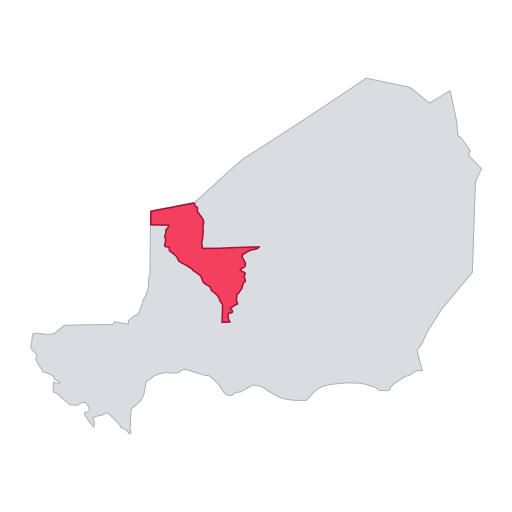 Ingall, Agadez, Niger shown in context
{"feature_id": "23599985B91742674817727", "entity_name": "Ingall", "entity_type": "district", "adm_level": 2, "iso_a3": "NER", "parent_name": "Niger", "parent_adm1": "Agadez", "projection": "albers", "projection_center": [6.528, 17.43], "detail": "fine", "context": "in_parent", "style": "filled", "palette": "rose", "viewbox_px": 512, "rotation_deg": 0, "n_neighbors": 0, "source": "geoboundaries", "source_scale": "gbopen_adm2", "svg_char_len": 4962}
<svg xmlns="http://www.w3.org/2000/svg" viewBox="0 0 512 512"><path d="M422.3,370.6L417.1,370.8L414.1,371.9L410.4,374.9L406.2,376.2L401.2,379.0L398.0,381.1L394.9,382.8L390.8,386.9L389.6,390.0L385.4,390.7L379.4,390.4L375.6,387.5L366.8,384.5L361.2,383.4L358.6,383.1L345.3,382.9L331.2,384.4L324.0,386.0L322.7,386.4L318.7,388.4L315.3,390.6L306.3,400.4L294.1,400.3L287.0,399.3L280.9,397.9L272.2,393.4L261.6,386.6L257.5,385.7L253.8,385.2L252.6,385.2L240.0,392.2L237.6,392.1L234.6,392.9L232.7,394.6L231.2,395.5L229.7,395.6L227.7,395.2L225.8,394.2L223.8,392.3L218.6,384.6L217.5,383.2L215.3,381.0L211.6,377.4L209.1,375.8L207.5,375.3L205.7,375.6L195.6,372.5L185.5,369.3L183.3,369.7L181.7,370.3L178.2,372.7L174.1,373.1L168.8,372.9L166.0,372.5L161.3,373.3L158.2,374.2L154.2,375.8L148.9,380.1L147.4,380.6L146.1,381.4L144.2,393.4L142.7,397.0L140.0,401.7L134.7,406.2L131.1,408.9L130.9,412.6L130.5,418.7L130.4,422.9L130.6,425.6L130.0,426.9L129.7,428.1L129.9,429.9L130.8,430.7L131.2,431.8L130.9,432.8L129.2,433.8L127.3,431.0L125.0,429.1L122.3,428.2L120.5,426.8L119.6,424.8L116.2,421.0L108.4,413.4L107.6,413.2L106.3,412.8L104.0,413.7L102.6,414.9L101.6,415.4L100.1,415.4L96.3,416.3L93.2,417.4L93.1,418.4L94.5,424.1L93.7,427.1L92.4,425.6L88.1,419.9L85.2,415.6L84.7,414.6L84.3,413.1L84.6,412.5L85.8,412.1L88.6,411.6L89.1,411.2L89.3,410.0L88.9,407.9L87.5,404.9L85.9,402.9L85.0,402.5L83.3,402.4L81.5,402.6L78.1,404.9L76.6,405.3L73.1,405.0L70.0,404.5L68.1,403.2L62.6,398.4L56.6,393.2L54.0,392.4L53.4,391.9L53.1,388.0L53.3,383.4L53.7,382.2L56.3,383.0L59.0,383.4L59.9,382.6L57.8,380.9L54.6,379.2L53.5,376.6L52.7,375.7L51.3,374.8L49.7,374.3L48.0,373.5L46.9,372.7L45.1,372.4L43.2,371.8L40.5,367.6L37.9,363.5L36.4,360.4L35.9,358.5L36.8,355.3L36.1,354.0L33.1,350.7L30.7,347.6L31.5,342.9L32.1,339.1L32.2,336.6L32.7,335.2L33.1,333.7L34.7,333.2L39.0,333.4L47.3,334.4L53.9,333.8L54.3,333.6L59.1,329.6L64.4,325.3L72.2,325.1L80.6,324.9L87.2,324.8L96.8,324.7L104.6,324.6L113.6,324.4L114.0,322.4L114.5,321.9L115.4,321.9L122.0,323.1L128.2,324.2L128.7,320.4L134.3,315.7L137.4,314.8L138.2,314.0L139.2,312.4L139.8,309.9L140.1,308.2L141.3,306.7L142.1,304.0L143.3,299.3L146.4,294.4L148.3,287.7L148.6,281.2L149.0,276.3L149.9,275.3L150.0,266.5L150.1,257.7L150.2,250.3L150.2,241.0L150.3,232.9L150.4,224.1L150.5,216.1L150.5,210.9L156.7,209.7L163.1,208.5L172.5,206.7L182.6,204.7L193.7,202.5L196.2,201.2L204.5,193.6L208.2,190.2L215.7,183.4L221.4,178.1L228.7,171.5L236.4,164.7L242.5,159.4L252.1,153.2L266.5,144.0L280.9,134.7L295.2,125.4L309.5,116.0L323.8,106.6L338.0,97.2L352.1,87.7L366.2,78.2L380.7,81.2L394.5,84.1L408.4,86.9L411.7,88.6L419.3,94.8L429.0,102.8L429.4,102.9L429.8,102.9L438.6,97.6L450.1,90.7L453.9,107.9L456.9,122.6L457.5,132.0L457.7,134.5L458.7,136.1L461.0,137.7L470.4,150.9L468.6,153.4L470.2,157.6L472.5,159.3L480.2,167.1L481.3,168.7L480.9,170.0L476.3,179.8L475.5,182.2L475.1,194.5L474.7,203.2L474.3,215.1L473.8,229.3L473.4,241.4L472.9,257.3L472.4,272.3L465.2,280.9L452.5,296.1L442.1,308.4L436.9,316.6L426.8,332.6L422.4,342.8L418.8,348.2L417.0,350.5L418.9,357.8L422.3,370.6Z" fill="#d9dde1" stroke="#a8b0b8" stroke-width="1"/><path d="M207.4,285.2L210.0,286.8L211.7,290.8L212.5,291.3L213.7,292.0L214.3,292.8L215.4,293.6L216.5,294.7L218.5,296.9L220.0,301.1L220.7,302.0L222.5,304.4L222.4,313.7L222.0,322.3L226.5,322.1L229.6,322.0L229.9,322.0L228.6,319.5L228.3,317.3L228.0,315.3L228.2,313.9L228.4,313.1L229.9,313.1L231.6,312.7L232.5,312.1L232.4,310.7L231.2,309.6L230.2,308.2L231.3,307.5L231.8,307.2L233.0,306.6L233.8,305.7L235.3,305.1L237.7,303.8L236.5,300.9L236.7,296.5L237.2,293.8L237.7,293.7L239.2,292.5L239.3,291.9L240.4,290.4L241.4,289.3L242.1,287.7L242.5,285.8L242.8,284.5L243.7,282.7L244.5,281.8L245.4,281.3L245.1,279.8L244.2,276.4L244.4,275.9L245.1,273.9L245.3,273.3L243.4,271.9L241.8,271.3L240.1,269.8L240.0,269.6L241.2,268.8L242.2,268.2L243.7,267.5L244.8,266.5L245.1,266.2L245.4,264.4L245.4,264.5L245.5,263.7L244.9,262.2L243.1,258.6L242.1,257.0L242.1,256.6L242.3,256.1L242.4,255.0L242.8,254.3L243.3,254.3L245.2,253.1L247.0,252.0L248.3,251.2L249.4,250.8L251.7,249.7L253.9,249.6L256.2,249.0L257.2,248.5L257.7,248.3L258.5,247.7L259.0,246.9L250.7,247.1L243.8,247.3L229.1,247.8L218.6,248.3L202.3,248.4L202.2,245.9L201.9,244.2L201.7,243.0L201.7,242.1L202.2,240.6L202.6,238.6L202.8,235.5L203.3,231.3L203.3,230.1L203.0,229.3L203.0,225.1L203.7,223.4L203.4,220.1L201.3,216.8L200.0,215.1L198.9,213.3L197.5,212.1L197.5,207.8L196.8,206.8L195.1,206.2L194.8,205.1L194.8,203.8L193.7,203.1L189.3,204.0L180.8,205.5L171.0,207.5L163.9,208.8L158.5,209.8L151.3,211.3L150.9,211.4L150.7,224.8L168.7,225.2L168.4,226.7L167.5,228.3L165.9,229.7L166.0,232.1L164.6,237.1L165.4,237.8L165.6,240.3L165.3,242.9L164.5,244.8L165.3,246.7L169.0,247.1L169.4,250.7L171.1,251.9L176.0,256.0L176.8,256.9L178.7,260.9L180.8,262.5L186.3,265.3L189.9,267.7L192.2,269.1L192.8,270.2L195.1,271.8L196.7,272.8L199.6,275.0L200.9,276.4L201.8,278.7L203.2,282.2L205.3,284.1L207.4,285.2Z" fill="#f43f5e" stroke="#9f1239" stroke-width="1.5"/></svg>